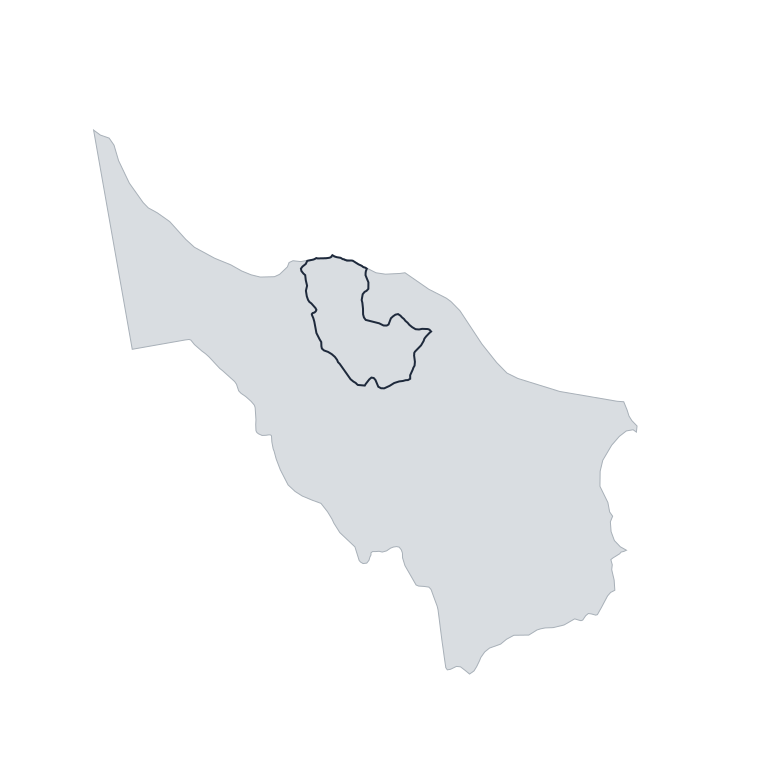 Marrakech - Tensift - Al Haouz highlighted on a map of Morocco, rotated 80°
{"feature_id": "MAR-1456", "entity_name": "Marrakech - Tensift - Al Haouz", "entity_type": "Region", "adm_level": 1, "iso_a3": "MAR", "parent_name": "Morocco", "parent_adm1": "", "projection": "mercator", "projection_center": [-8.579, 31.832], "detail": "fine", "context": "in_parent", "style": "outline", "palette": "slate", "viewbox_px": 768, "rotation_deg": 80, "n_neighbors": 0, "source": "natural_earth", "source_scale": "10m", "svg_char_len": 4207}
<svg xmlns="http://www.w3.org/2000/svg" viewBox="0 0 768 768"><g transform="rotate(80 384 384)"><path d="M89.6,620.1L94.1,612.0L101.9,608.4L118.0,606.6L142.0,599.9L163.5,589.7L169.6,585.6L176.1,577.5L186.9,566.8L207.2,554.1L216.5,546.9L230.7,529.0L240.1,514.1L248.0,504.5L253.4,495.9L257.2,487.3L259.3,473.3L257.9,467.8L251.9,458.8L247.9,456.4L246.8,452.2L249.0,444.7L248.9,431.8L250.1,411.2L256.8,394.5L273.1,372.5L276.1,363.5L277.9,349.1L278.1,344.0L298.5,323.4L310.4,307.6L314.5,303.7L325.0,296.5L361.7,280.6L382.5,269.3L394.6,261.0L401.8,251.2L421.8,212.4L441.5,157.4L443.1,151.0L451.9,149.1L458.1,148.3L463.1,146.3L469.3,142.1L475.2,143.8L472.3,146.6L472.3,153.5L476.5,161.4L483.8,170.4L497.1,181.8L507.5,186.3L522.3,189.1L539.6,184.1L549.2,184.0L553.9,181.8L559.0,185.0L568.8,186.0L578.2,184.3L585.3,179.6L589.8,174.1L590.5,176.8L590.7,179.7L592.1,181.4L594.9,188.4L596.3,191.1L601.7,190.6L606.4,192.0L617.0,191.4L627.2,192.5L628.6,197.0L631.5,200.6L642.0,208.8L648.2,213.9L648.4,215.6L646.4,219.8L645.5,222.6L647.2,225.6L651.0,229.3L651.3,231.1L650.4,233.1L648.4,237.0L652.6,248.6L653.3,259.7L652.2,267.6L652.3,272.2L652.8,276.1L656.4,285.0L654.0,299.8L656.7,307.8L660.4,314.3L662.4,326.0L665.4,331.4L670.2,336.2L673.0,337.9L678.4,341.8L682.2,345.2L684.5,350.1L679.7,354.2L675.8,357.8L674.7,361.7L676.5,368.0L676.5,371.3L674.1,372.4L664.0,372.1L656.2,371.8L647.2,371.5L634.4,370.9L626.6,370.5L615.8,370.0L612.1,370.2L602.2,372.0L595.2,373.2L594.0,373.6L591.8,375.1L590.3,379.7L589.0,385.0L587.5,387.3L566.5,394.9L558.4,395.9L553.6,395.2L550.2,395.8L547.3,397.4L546.3,399.8L546.2,403.0L546.8,406.1L548.8,410.5L549.2,414.9L547.9,417.9L547.6,421.1L547.0,424.4L548.1,426.2L550.1,426.5L552.1,428.0L555.0,429.4L557.4,432.1L557.2,435.8L555.3,438.0L553.5,439.1L545.7,440.1L539.4,440.9L531.3,446.9L522.7,453.3L512.4,457.5L507.9,458.7L500.0,461.8L490.6,466.8L486.0,474.8L480.1,484.0L474.4,490.2L466.7,496.0L459.6,498.2L450.5,501.0L439.1,503.2L431.1,503.9L428.7,504.4L421.6,504.5L418.1,504.1L415.5,503.8L414.5,504.5L414.1,505.9L414.0,509.2L413.5,513.0L411.3,516.2L409.7,517.6L407.8,518.2L401.8,517.4L396.9,516.3L385.0,515.0L382.6,515.3L381.7,515.7L378.0,517.9L372.3,522.4L368.4,526.4L365.5,528.3L358.6,529.3L355.6,530.7L342.8,540.7L340.1,543.1L326.8,551.7L323.1,554.6L320.2,557.4L312.3,563.8L307.2,566.6L306.3,568.2L306.1,572.1L306.1,580.7L306.1,588.9L306.1,600.8L306.1,612.7L306.1,625.9L83.5,625.9L89.6,620.1Z" fill="#d9dde1" stroke="#a8b0b8" stroke-width="1"/><path d="M249.4,438.2L249.2,432.0L249.0,430.9L248.2,428.8L248.8,427.5L250.1,419.3L250.2,415.9L250.0,414.6L249.5,413.8L248.9,413.3L248.2,412.5L249.8,410.5L250.9,408.5L252.1,405.0L252.7,404.2L253.6,403.3L253.9,402.9L254.2,401.9L254.9,401.1L255.2,400.4L255.8,399.5L256.1,398.9L256.8,394.3L257.2,393.3L261.7,388.4L263.7,385.5L264.1,385.1L264.8,384.6L265.2,384.1L265.6,383.6L266.0,382.6L266.3,382.1L267.5,380.9L267.7,381.0L269.6,382.2L271.3,382.8L273.7,383.3L281.2,381.7L287.6,382.9L289.2,385.0L289.9,387.1L291.9,389.4L297.4,391.4L300.2,391.2L306.2,391.6L311.8,392.5L315.0,392.2L317.7,390.9L323.4,378.2L326.3,374.3L326.9,371.1L326.2,369.2L320.5,365.8L318.9,363.3L317.7,360.7L317.6,358.0L319.6,355.9L321.4,354.8L323.5,353.0L325.5,352.0L327.8,350.1L330.1,348.8L332.9,346.4L335.5,343.4L336.4,340.0L336.3,336.9L337.5,331.3L338.4,329.8L340.5,328.5L341.6,330.4L344.5,334.3L346.3,336.3L348.5,337.5L352.4,340.8L357.6,348.0L358.8,348.9L359.8,349.0L361.0,349.4L367.5,349.7L371.2,350.7L373.0,352.2L374.8,353.2L379.9,356.7L383.4,357.3L384.3,359.7L384.0,362.0L384.3,364.8L384.1,368.6L384.8,373.8L386.8,378.8L388.3,384.5L387.7,387.6L385.7,390.1L378.6,391.7L376.3,393.1L375.5,395.3L376.9,397.7L380.8,402.0L382.2,403.2L380.4,409.9L379.5,410.7L378.0,411.7L376.3,413.7L373.5,416.1L356.5,424.1L354.5,425.5L352.1,426.0L348.7,427.7L345.5,430.3L342.7,433.5L340.5,437.3L338.3,439.0L336.0,439.1L331.8,438.5L329.0,439.6L322.1,441.7L310.4,441.8L306.7,442.2L303.9,442.9L302.7,443.0L301.8,442.0L301.5,440.0L300.6,438.6L299.3,437.7L297.3,438.3L292.1,441.5L290.1,443.3L287.9,444.2L284.2,444.8L278.6,444.7L273.9,442.7L268.1,443.0L263.1,442.7L261.2,444.2L258.4,445.7L256.0,445.8L254.2,443.9L252.2,440.2L249.4,438.2L249.4,438.2Z" fill="none" stroke="#1e293b" stroke-width="2"/></g></svg>